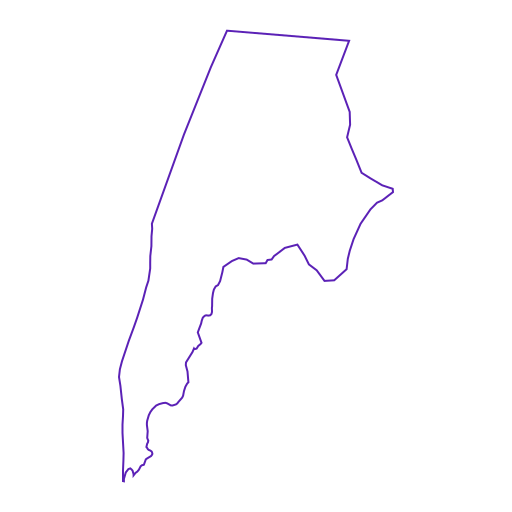 outline of Keur Macene, Trarza, Mauritania
{"feature_id": "47542326B95460333313215", "entity_name": "Keur Macene", "entity_type": "district", "adm_level": 2, "iso_a3": "MRT", "parent_name": "Mauritania", "parent_adm1": "Trarza", "projection": "mercator", "projection_center": [-16.333, 16.533], "detail": "fine", "context": "isolated", "style": "outline", "palette": "violet", "viewbox_px": 512, "rotation_deg": 0, "n_neighbors": 0, "source": "geoboundaries", "source_scale": "gbopen_adm2", "svg_char_len": 2151}
<svg xmlns="http://www.w3.org/2000/svg" viewBox="0 0 512 512"><path d="M392.7,188.8L382.2,185.3L370.2,178.2L361.6,172.8L356.2,159.4L351.7,148.7L347.1,137.3L350.1,124.7L349.7,111.9L336.2,74.9L349.1,40.8L227.0,30.7L210.9,67.1L184.0,134.4L151.9,223.7L152.2,228.8L151.5,236.3L151.4,246.2L150.3,256.0L150.2,262.5L150.2,268.5L148.4,280.7L146.2,287.3L143.0,299.6L137.1,317.9L133.8,327.3L128.8,340.8L122.0,361.2L119.9,369.2L119.0,377.0L120.4,385.8L121.8,398.9L123.2,409.4L123.0,416.2L122.5,424.5L122.5,432.9L122.9,440.3L123.6,453.1L123.4,460.9L123.0,470.5L123.0,474.7L123.0,481.1L123.9,481.3L123.9,478.9L124.7,476.2L125.8,472.4L128.4,469.1L130.3,468.4L131.6,469.5L132.6,470.7L133.1,472.6L133.5,473.8L133.6,474.9L133.6,475.3L135.6,472.8L137.3,471.6L138.9,469.7L140.7,466.2L142.2,465.1L143.2,465.0L143.9,464.7L144.5,463.0L145.2,461.1L145.8,459.4L146.7,458.7L148.8,457.4L151.0,456.1L151.8,455.1L152.4,453.9L152.0,452.2L151.5,451.4L150.2,450.5L148.7,449.9L147.8,449.1L147.0,447.7L146.4,447.0L146.8,445.3L147.1,443.9L148.0,442.2L148.1,441.3L148.3,440.8L147.6,439.0L147.2,437.9L147.7,431.2L146.9,425.0L146.9,422.9L147.2,420.7L148.8,415.2L150.4,412.0L152.4,409.2L156.2,405.5L159.2,404.1L162.9,403.1L165.5,402.8L167.3,403.4L170.8,405.4L172.5,405.5L176.0,404.4L177.3,403.4L178.6,401.7L182.2,397.6L183.1,395.7L184.0,391.0L185.4,386.7L187.2,383.5L188.4,382.3L187.5,371.5L185.8,365.1L186.0,362.4L192.5,352.0L194.0,348.5L194.4,349.1L195.1,349.0L196.6,348.6L197.6,347.0L198.2,346.0L200.5,344.1L201.5,342.8L197.8,332.4L199.3,328.3L201.1,323.6L201.8,320.5L202.8,317.7L203.8,316.6L205.1,315.6L206.2,315.3L208.4,315.6L210.2,315.3L211.4,314.1L211.9,312.4L212.0,311.5L211.9,307.9L212.1,306.2L212.2,298.7L213.0,293.0L213.9,289.5L215.7,286.4L218.0,285.1L220.1,281.1L222.3,272.4L223.4,266.9L232.0,261.0L238.7,258.1L246.7,259.6L253.3,263.6L265.7,263.2L267.5,260.0L271.6,259.5L274.1,256.0L276.7,254.1L284.8,247.9L297.4,244.6L304.6,255.7L308.9,264.4L316.7,270.3L324.5,280.9L334.2,280.3L346.6,269.2L347.8,258.8L349.8,250.6L353.6,239.1L360.6,223.7L370.5,209.3L377.0,202.7L382.2,200.4L385.1,198.2L388.8,195.3L393.0,192.1L392.7,188.8Z" fill="none" stroke="#5b21b6" stroke-width="2"/></svg>